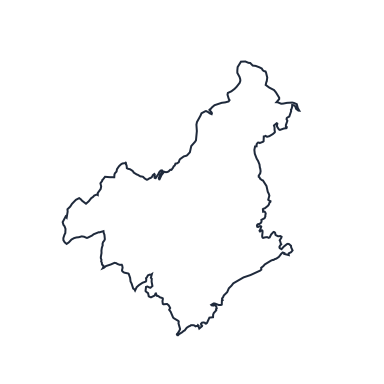 outline of Ciresu, Mehedinti, Romania, rotated 108°
{"feature_id": "2599482B7302732559425", "entity_name": "Ciresu", "entity_type": "district", "adm_level": 2, "iso_a3": "ROU", "parent_name": "Romania", "parent_adm1": "Mehedinti", "projection": "natural_earth1", "projection_center": [22.529, 44.822], "detail": "fine", "context": "isolated", "style": "outline", "palette": "slate", "viewbox_px": 384, "rotation_deg": 108, "n_neighbors": 0, "source": "geoboundaries", "source_scale": "gbopen_adm2", "svg_char_len": 6062}
<svg xmlns="http://www.w3.org/2000/svg" viewBox="0 0 384 384"><g transform="rotate(108 192 192)"><path d="M52.9,185.7L59.1,187.2L62.6,186.4L64.7,185.7L67.9,182.3L69.8,181.0L71.3,180.4L73.5,180.4L78.2,182.1L80.8,183.4L84.1,185.7L86.7,188.5L88.5,188.3L92.1,185.8L93.0,184.7L94.6,185.2L96.5,188.1L98.0,191.3L102.5,197.4L105.4,199.2L108.2,200.3L108.1,201.5L110.1,198.2L110.9,197.4L111.9,197.4L111.7,199.4L111.0,201.4L110.7,203.7L111.2,204.4L114.2,207.3L116.7,207.5L123.9,208.9L126.6,208.6L132.6,206.2L141.6,204.2L143.2,204.6L148.5,206.9L154.9,206.3L158.6,208.0L159.2,208.5L160.7,210.8L164.4,213.5L165.5,213.8L167.8,213.8L169.5,215.2L170.1,216.5L172.1,216.6L173.3,217.4L174.6,217.5L177.3,218.4L177.5,219.5L179.8,220.7L180.9,222.1L181.3,223.4L181.3,224.7L185.2,226.2L190.0,226.8L190.1,227.0L189.9,227.3L189.1,227.9L185.2,227.5L181.6,226.5L181.0,226.6L180.7,227.2L181.0,228.0L181.5,228.5L183.4,229.3L185.2,229.5L190.1,230.9L190.2,231.5L190.0,232.0L186.9,232.8L186.5,233.4L188.2,234.5L189.7,234.6L190.9,235.3L191.6,235.8L191.9,236.5L194.0,238.2L194.3,238.9L193.7,241.3L192.7,243.2L192.8,244.7L193.1,245.9L192.4,248.9L192.4,250.0L191.5,253.6L190.7,254.2L190.0,256.0L189.5,258.1L189.7,259.9L189.5,261.3L186.8,262.5L186.2,263.3L184.8,263.8L184.6,264.1L185.2,264.5L186.4,267.0L187.8,268.2L190.1,269.4L193.5,270.4L195.9,270.1L197.8,271.0L199.2,271.2L202.0,270.5L203.4,275.1L204.4,279.4L208.0,280.7L208.3,281.0L209.4,280.9L212.0,281.8L214.8,280.1L217.4,279.8L222.0,281.3L224.0,280.7L223.8,281.7L225.6,283.9L227.1,284.5L229.1,286.0L232.7,287.3L235.9,289.2L234.3,293.8L233.3,295.5L232.7,297.4L235.3,300.0L236.7,300.7L240.4,302.5L243.5,303.3L246.9,305.1L249.1,304.2L255.1,303.3L254.3,304.6L260.6,305.7L263.0,304.1L264.0,302.6L266.2,300.9L270.2,299.8L272.1,300.1L275.6,300.1L277.6,299.4L279.2,297.5L280.1,295.2L278.0,293.6L274.4,291.9L272.2,289.8L270.9,287.8L270.0,285.7L268.3,283.2L267.9,280.9L268.2,278.0L267.9,277.3L264.3,273.6L262.6,272.5L259.1,268.3L259.0,267.6L256.6,264.1L258.1,263.4L259.7,262.1L263.8,260.3L265.2,260.4L267.1,261.1L268.7,261.1L269.5,260.9L270.0,260.5L273.0,260.5L275.8,260.0L278.0,259.2L282.1,258.6L283.2,258.2L284.6,257.1L286.0,257.0L287.1,255.9L288.4,255.4L289.1,254.7L289.4,253.5L291.2,253.1L292.1,253.3L291.3,252.4L289.0,250.9L286.0,246.8L283.3,243.8L283.1,242.1L283.5,240.6L283.6,238.4L282.9,236.3L283.6,235.6L285.5,234.6L288.1,234.4L288.8,233.9L289.5,232.3L289.6,231.3L289.2,227.4L289.4,226.9L292.8,224.3L296.1,222.8L297.7,221.2L302.0,218.1L302.4,216.6L303.3,215.7L299.6,215.2L297.0,213.7L293.6,211.0L291.5,208.3L290.8,208.1L289.0,208.6L288.2,209.1L287.0,208.5L285.0,208.2L283.7,206.8L283.4,205.5L282.5,204.8L286.3,204.6L286.9,203.5L289.8,202.7L293.6,200.6L295.9,201.9L296.0,202.8L295.7,205.3L296.5,206.4L300.5,205.6L301.1,204.6L301.8,202.5L304.6,200.9L304.9,198.9L304.8,198.4L302.0,195.5L299.8,195.3L299.6,195.0L301.6,193.3L301.4,191.9L302.1,189.8L302.0,188.1L302.2,186.9L303.4,186.5L304.9,186.4L307.4,185.2L307.6,184.4L306.2,181.1L307.0,179.1L309.1,176.9L311.1,177.3L312.5,175.3L317.2,171.2L317.6,170.5L318.9,165.0L319.5,164.5L321.0,164.3L326.0,161.0L327.6,161.1L330.8,161.9L331.7,162.4L332.1,162.4L332.7,161.7L332.6,161.1L331.1,160.3L328.4,158.0L326.8,157.1L326.0,156.2L322.8,155.1L320.9,153.6L320.0,152.5L319.0,151.8L318.3,149.6L318.2,148.4L318.7,147.2L318.1,146.4L317.8,145.3L316.8,145.2L317.1,144.4L317.8,144.3L319.6,142.9L316.7,141.1L315.9,141.8L315.7,141.6L315.4,142.3L314.5,142.7L313.2,142.1L312.5,140.7L312.4,139.3L313.0,138.5L312.9,138.0L311.9,137.3L306.1,136.6L304.6,133.3L302.0,134.0L300.4,133.9L297.0,132.4L296.0,133.0L295.1,132.5L293.5,133.5L292.4,135.2L293.4,136.5L293.7,138.2L293.4,138.8L291.3,137.0L291.0,136.0L291.2,131.7L290.5,129.5L289.9,128.9L285.7,130.1L285.4,129.5L283.9,130.5L282.4,129.9L280.6,129.8L276.4,127.6L272.2,127.2L268.9,125.5L266.1,124.5L257.3,116.6L252.9,110.7L245.6,102.8L244.4,102.1L242.7,102.8L240.5,101.3L238.4,100.4L232.8,95.6L231.7,94.3L231.4,93.4L230.4,92.7L229.3,91.2L227.5,89.8L226.8,89.3L223.1,88.0L221.5,87.0L221.6,85.2L222.4,85.1L222.1,80.5L221.1,81.1L220.4,81.0L218.7,79.2L216.5,78.3L214.0,80.6L212.6,81.2L211.6,83.5L211.6,84.4L211.9,85.3L212.8,86.0L215.7,87.9L218.7,89.2L218.3,91.2L217.3,91.9L215.8,91.7L214.1,91.0L213.8,91.5L211.5,93.0L210.8,93.7L207.9,92.9L206.9,93.0L206.6,94.4L207.5,96.4L207.2,98.6L206.9,99.4L205.2,100.3L204.7,101.2L204.8,102.1L207.9,103.6L211.2,104.1L211.9,105.0L211.7,106.6L212.5,108.4L213.7,110.2L213.6,110.7L213.0,111.3L212.1,111.7L208.3,112.5L207.1,113.0L206.8,113.5L206.9,113.9L208.5,115.1L208.0,115.8L206.7,115.5L203.6,115.4L203.3,115.8L203.4,116.7L204.0,117.6L204.9,118.4L204.9,119.2L204.0,119.8L202.9,119.8L202.0,119.1L201.7,118.1L199.8,116.8L198.5,116.8L197.1,117.4L194.5,114.9L192.4,114.7L191.5,115.1L189.8,115.2L188.8,116.0L188.2,117.0L188.8,118.3L186.4,119.3L185.9,119.0L185.0,117.7L181.6,115.5L180.1,115.0L178.6,115.1L177.2,114.4L176.5,114.5L176.2,116.5L175.8,117.1L171.6,117.3L170.0,118.4L168.4,120.0L163.3,123.0L159.1,128.1L159.1,129.1L158.3,131.4L157.3,132.2L157.0,133.2L155.9,133.6L153.3,132.9L152.4,133.0L151.0,133.2L148.5,134.4L148.0,134.9L145.0,136.3L142.0,138.8L140.4,140.7L136.2,144.1L132.7,145.7L129.2,146.1L128.6,144.7L126.6,145.3L125.4,144.9L124.7,144.6L124.3,143.7L124.5,142.7L122.3,140.0L121.6,139.6L117.0,140.9L116.5,139.9L115.9,139.4L116.3,137.7L115.0,135.7L111.9,133.0L109.9,131.8L109.3,131.7L107.1,132.8L105.2,133.4L103.4,134.6L100.4,132.7L100.6,132.0L103.2,131.6L105.1,129.4L105.7,128.4L105.8,127.6L103.2,124.2L102.1,121.9L101.0,121.9L100.8,122.9L99.4,123.4L94.8,123.3L93.5,124.6L92.4,124.7L91.6,124.2L90.2,122.8L84.4,122.7L83.2,123.3L82.3,123.0L80.1,123.1L78.3,123.6L78.1,122.5L78.3,121.0L78.6,120.3L80.7,118.7L81.7,116.0L81.5,115.1L79.5,117.3L76.1,119.5L75.8,122.6L76.0,124.4L77.9,129.3L79.8,132.7L80.5,134.5L80.2,138.3L80.5,139.4L76.7,137.8L75.4,138.2L73.0,141.0L71.3,143.0L69.7,145.5L68.8,150.9L67.4,155.0L64.4,155.3L63.9,155.1L59.9,155.8L55.4,158.6L54.6,159.4L54.8,160.4L54.6,161.6L54.2,162.5L53.0,163.8L52.6,166.4L52.4,170.4L53.0,173.3L51.3,176.5L51.7,178.2L51.4,181.6L52.9,185.7Z" fill="none" stroke="#1e293b" stroke-width="2"/></g></svg>